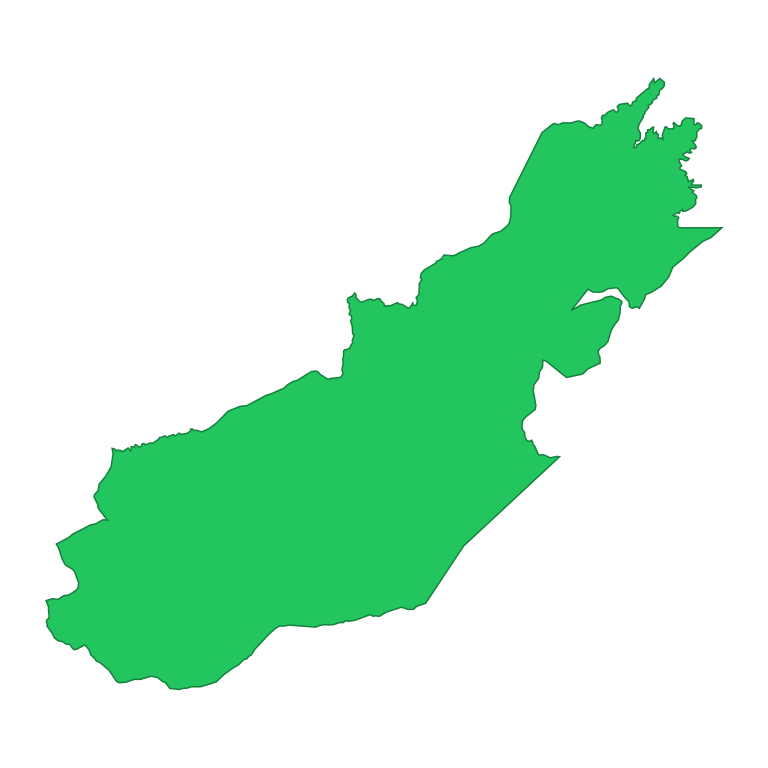 Campo Verde, Mato Grosso, Brazil, rotated 180°
{"feature_id": "56859067B82870953347176", "entity_name": "Campo Verde", "entity_type": "district", "adm_level": 2, "iso_a3": "BRA", "parent_name": "Brazil", "parent_adm1": "Mato Grosso", "projection": "mercator", "projection_center": [-55.112, -15.474], "detail": "fine", "context": "isolated", "style": "filled", "palette": "green", "viewbox_px": 768, "rotation_deg": 180, "n_neighbors": 0, "source": "geoboundaries", "source_scale": "gbopen_adm2", "svg_char_len": 6065}
<svg xmlns="http://www.w3.org/2000/svg" viewBox="0 0 768 768"><g transform="rotate(180 384 384)"><path d="M566.3,336.1L572.2,337.9L574.0,337.5L575.5,339.0L577.6,338.8L577.3,337.2L580.8,334.7L586.6,333.6L588.8,334.9L592.8,332.0L594.2,333.4L598.9,332.0L601.0,330.4L603.2,332.3L605.6,330.9L608.3,330.6L609.2,329.0L614.8,325.0L618.0,325.0L622.2,323.2L624.2,324.6L626.2,323.7L626.7,321.6L629.2,320.8L631.0,322.7L632.7,323.3L633.9,320.9L636.9,321.4L636.7,319.0L637.3,317.2L639.8,320.1L645.4,316.4L647.6,317.6L649.7,317.9L651.4,317.1L653.5,319.0L655.9,319.6L654.9,314.5L656.9,301.0L662.2,291.9L668.7,284.1L670.0,277.2L673.3,273.7L674.0,270.9L670.5,264.2L669.8,259.8L660.7,247.8L664.9,248.3L673.0,243.9L677.3,243.2L695.1,234.0L699.6,230.3L711.7,223.9L709.5,220.4L705.8,208.9L703.4,204.3L702.0,202.5L696.5,199.4L693.5,196.6L689.2,184.7L690.1,180.1L691.6,178.0L697.2,174.2L700.4,172.6L703.6,172.6L710.1,168.6L715.6,169.3L721.9,167.4L719.3,160.6L719.6,158.4L718.8,151.5L719.5,149.4L721.0,148.3L721.7,146.2L720.7,144.3L721.0,141.8L715.7,134.6L713.7,130.3L710.0,127.3L705.5,126.4L701.3,123.6L698.3,123.8L695.3,119.4L693.6,118.3L691.2,118.9L683.6,122.9L682.1,122.1L679.0,118.2L677.1,113.1L672.7,108.8L671.9,107.1L668.0,105.4L659.0,97.8L652.0,87.3L650.2,85.7L647.7,85.3L642.1,85.8L633.5,88.7L627.7,88.6L617.0,91.8L610.4,90.5L605.5,86.5L603.4,85.9L601.8,84.5L598.1,79.6L588.9,78.5L585.1,79.6L580.7,79.9L577.0,81.2L567.1,81.3L551.9,86.0L544.2,93.3L535.5,99.7L529.3,103.3L525.6,107.1L523.7,108.6L521.4,109.0L519.4,111.5L516.8,113.0L513.0,118.9L499.0,133.9L492.8,139.4L488.8,141.9L483.4,142.0L479.2,142.9L452.5,140.9L447.6,142.7L442.6,143.4L440.1,143.0L434.6,143.4L427.8,145.5L425.0,145.3L422.1,147.4L419.9,146.7L413.1,147.7L399.2,152.8L396.9,153.2L395.1,151.7L392.9,152.2L388.5,151.7L381.8,155.8L366.6,160.8L359.7,158.5L354.4,158.7L351.3,161.7L342.4,164.7L304.3,222.1L208.5,311.2L210.9,311.6L218.0,310.2L222.7,312.5L225.7,313.4L228.0,312.7L229.8,313.8L233.4,322.0L235.1,323.8L235.2,325.6L236.4,327.8L238.7,326.7L240.7,327.2L242.1,329.0L243.3,332.4L243.3,335.3L245.5,338.4L246.1,341.5L245.3,347.5L242.1,351.2L232.8,358.6L232.1,362.6L234.7,376.9L234.1,383.2L229.4,389.5L228.5,396.2L225.8,400.1L225.4,401.7L225.2,407.8L222.0,407.0L201.5,390.5L185.3,394.0L180.4,399.0L167.8,404.9L168.1,410.8L169.3,413.4L169.8,416.6L168.3,419.3L163.1,422.8L160.1,426.5L156.7,437.8L153.6,443.0L149.6,448.2L147.9,455.5L147.8,461.5L146.2,464.7L146.3,466.7L150.2,469.4L151.9,469.6L155.7,471.6L157.6,471.7L162.8,470.6L166.3,468.1L187.1,463.0L196.8,457.4L180.0,478.8L175.3,476.0L169.1,475.8L165.0,476.4L160.2,479.3L151.8,480.3L149.9,479.5L144.4,472.0L138.9,466.0L138.7,461.8L137.5,460.4L135.5,459.7L132.8,461.0L130.3,460.9L128.7,459.6L123.2,469.6L122.7,473.0L115.5,476.3L106.3,482.3L99.1,491.4L95.1,501.0L83.7,510.3L78.5,515.8L67.0,525.1L64.8,526.9L57.2,530.3L46.1,540.2L88.6,540.2L90.2,541.4L90.5,547.0L89.3,550.4L91.2,551.9L93.4,551.7L94.9,552.6L91.2,555.2L88.8,554.7L87.9,556.9L85.5,558.7L85.2,556.8L81.7,557.1L75.3,560.8L72.3,564.1L72.4,568.7L71.3,569.9L71.5,572.2L75.9,575.7L74.2,577.2L78.0,579.4L79.3,581.1L71.7,580.2L66.8,581.0L66.8,582.9L75.3,582.9L76.6,583.9L74.4,586.7L74.7,588.5L79.6,586.4L80.9,591.5L83.0,592.5L81.2,594.6L82.5,596.4L88.4,599.0L88.0,600.7L86.4,601.9L88.7,606.3L88.9,608.6L86.4,608.9L82.1,607.0L79.9,608.0L78.8,609.6L84.0,611.7L85.2,613.7L80.7,616.1L78.6,614.8L76.5,615.6L77.7,617.1L78.1,618.9L75.5,619.6L73.6,619.0L71.7,620.4L72.4,622.5L75.7,627.2L72.5,627.4L72.3,629.2L71.2,630.9L71.2,635.8L68.8,638.9L66.4,639.6L66.3,642.2L69.0,644.9L71.0,645.0L72.3,643.0L74.2,644.1L74.0,649.3L82.1,650.1L85.8,647.0L87.1,642.4L89.2,641.9L91.2,642.7L94.1,645.5L95.0,644.1L93.7,642.7L94.8,639.1L99.9,639.2L101.2,640.9L102.9,641.1L105.8,632.8L104.9,630.6L105.2,628.5L107.1,630.3L108.8,629.4L110.3,629.9L109.6,633.7L111.3,634.3L111.7,636.3L113.8,634.5L115.0,635.8L114.4,641.0L116.3,640.2L117.9,638.3L120.5,638.1L120.3,635.7L121.9,635.3L122.3,633.5L121.7,630.6L123.1,629.6L123.4,627.6L125.4,627.5L128.8,624.2L131.3,623.1L131.8,620.8L134.0,620.3L134.1,622.7L132.6,625.0L132.2,627.5L130.4,626.9L128.6,627.7L127.7,630.1L127.7,634.9L130.1,639.9L128.6,644.4L124.6,651.0L124.8,652.7L123.3,654.1L122.8,656.6L119.2,660.4L119.8,662.7L117.6,663.5L115.6,665.4L115.3,667.7L111.2,669.9L110.9,672.1L109.1,673.3L108.4,677.9L106.3,678.9L103.9,681.7L103.5,685.6L108.2,689.5L113.3,685.2L114.4,689.4L118.6,683.5L119.0,679.6L120.6,679.2L131.6,669.9L131.8,667.6L135.4,665.9L136.1,663.1L138.1,662.1L140.4,664.8L148.0,663.7L149.6,662.8L150.8,661.1L149.7,659.5L149.6,657.5L150.8,656.0L152.8,656.1L153.8,658.0L156.0,657.8L160.6,655.5L163.2,652.6L165.4,652.7L166.6,650.1L165.7,647.3L166.2,643.8L168.0,642.5L170.3,643.3L172.2,643.2L175.1,639.7L179.9,641.6L183.3,644.8L188.3,647.0L191.8,646.7L196.3,645.1L205.6,645.1L209.8,643.2L213.3,644.5L215.0,644.1L226.0,635.3L258.1,571.1L258.7,566.6L258.5,564.8L257.1,562.7L256.9,560.3L257.4,550.3L258.8,544.8L259.9,543.0L266.9,536.9L274.6,534.4L276.6,533.1L284.2,524.8L289.1,521.9L297.1,520.3L310.2,514.5L311.6,513.3L315.2,512.2L324.1,513.0L326.1,509.6L329.7,507.2L331.6,506.7L332.5,504.7L343.8,498.0L346.4,495.1L347.3,492.5L347.6,490.1L346.2,488.3L348.6,484.7L349.1,473.4L351.9,470.3L350.5,467.0L351.8,462.7L354.2,462.5L355.2,465.1L358.2,460.2L360.0,460.0L365.7,463.6L369.3,464.1L370.6,465.4L377.1,462.4L383.5,461.9L384.0,464.2L387.3,467.6L388.1,469.3L390.5,469.3L394.9,467.4L396.1,468.7L398.8,468.7L406.4,465.8L408.5,466.7L411.9,470.3L412.1,473.6L413.4,475.0L415.4,472.1L419.6,470.1L420.7,468.2L420.2,465.5L418.4,464.4L419.0,461.7L418.5,459.0L417.5,457.4L418.9,453.6L416.7,452.1L416.1,449.6L417.4,447.3L415.6,440.7L415.4,434.5L414.0,432.3L415.7,427.4L415.4,425.2L417.3,422.4L418.0,420.2L420.4,418.6L423.1,418.3L424.4,417.1L424.5,411.0L425.4,408.3L424.8,406.4L424.9,403.7L426.1,398.7L425.0,394.1L427.4,390.7L438.0,389.4L439.7,388.5L448.1,393.8L449.5,395.8L452.1,397.0L456.5,396.5L470.9,387.6L475.2,386.4L480.6,383.2L483.7,380.0L497.9,373.8L501.8,372.7L521.2,362.3L527.9,361.6L540.0,356.8L551.1,345.3L559.5,339.1L566.3,336.1Z" fill="#22c55e" stroke="#15803d" stroke-width="1.5"/></g></svg>